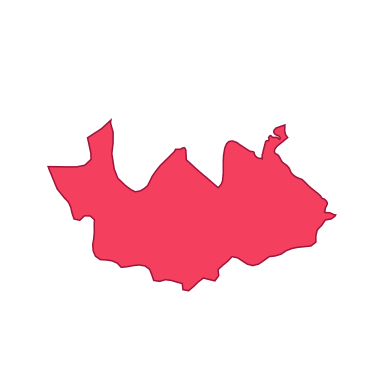 the district of Al Maqatirah, Lahij, Yemen, rotated 39°
{"feature_id": "15242507B89654999321580", "entity_name": "Al Maqatirah", "entity_type": "district", "adm_level": 2, "iso_a3": "YEM", "parent_name": "Yemen", "parent_adm1": "Lahij", "projection": "robinson", "projection_center": [44.156, 13.13], "detail": "fine", "context": "isolated", "style": "filled", "palette": "rose", "viewbox_px": 384, "rotation_deg": 39, "n_neighbors": 0, "source": "geoboundaries", "source_scale": "gbopen_adm2", "svg_char_len": 4481}
<svg xmlns="http://www.w3.org/2000/svg" viewBox="0 0 384 384"><g transform="rotate(39 192 192)"><path d="M64.2,262.8L67.9,265.0L69.7,265.9L85.2,274.4L97.4,277.1L97.5,276.9L102.4,277.7L104.2,278.6L107.6,280.3L112.2,284.0L117.3,287.2L122.6,284.6L123.4,278.2L128.1,274.6L133.7,275.0L135.7,277.8L137.5,280.1L141.4,284.7L145.0,290.1L148.0,295.4L152.2,299.9L157.3,302.6L158.5,302.6L163.2,302.3L168.1,298.8L173.2,295.8L178.7,294.3L184.4,295.1L188.6,290.9L192.8,286.0L197.0,281.8L198.9,280.8L202.1,279.0L207.8,278.8L213.0,281.7L217.9,284.8L219.0,284.2L223.1,281.8L226.5,276.9L231.5,273.8L236.8,271.6L241.0,269.8L241.9,269.4L242.1,269.3L246.4,273.6L247.3,273.1L251.5,270.9L252.7,264.5L253.4,258.2L255.0,251.7L260.2,249.3L265.7,246.7L265.4,240.2L261.1,235.9L262.0,229.6L263.3,223.4L263.8,217.0L268.9,214.4L274.5,213.9L280.2,213.3L285.5,211.0L289.1,206.2L291.0,199.9L292.6,193.9L292.7,193.6L296.9,189.3L300.3,184.3L302.2,178.2L303.2,176.5L305.4,172.7L309.3,168.1L313.7,163.8L318.4,159.1L319.8,153.0L315.9,148.2L313.2,142.7L313.4,140.6L313.4,139.9L313.8,136.2L313.2,129.9L317.1,125.4L318.1,122.0L318.3,120.7L318.1,119.4L317.9,119.5L316.4,120.4L314.6,120.7L313.3,121.2L312.6,121.2L312.0,121.4L311.2,122.1L310.6,122.6L310.0,123.0L308.8,123.8L307.8,124.3L307.3,123.9L307.2,123.3L307.2,122.9L306.8,122.2L306.6,122.0L306.3,121.4L305.8,120.7L305.5,119.6L305.2,117.9L304.8,116.5L304.1,115.4L303.3,114.9L301.8,114.4L300.7,114.3L300.0,114.2L299.4,114.2L298.9,114.3L298.4,114.5L297.9,114.8L297.2,115.0L296.6,115.0L296.5,114.9L296.3,114.8L295.8,114.7L294.1,114.1L291.6,114.0L290.4,113.9L289.1,114.0L286.2,114.0L279.6,114.0L274.7,113.4L271.6,113.1L269.6,113.0L268.3,113.4L267.6,113.7L266.7,114.0L265.2,114.4L264.4,114.6L263.7,114.8L260.5,115.1L257.1,114.7L255.6,114.0L255.4,113.9L253.9,113.0L253.5,112.8L253.0,112.6L252.5,112.3L252.1,112.3L251.9,112.2L249.1,111.7L245.2,111.9L243.9,111.9L243.7,111.9L242.3,111.6L242.1,111.6L238.9,110.2L238.7,110.1L238.1,109.9L236.6,109.3L235.1,109.1L234.3,109.2L233.2,109.7L232.1,109.6L231.6,109.3L230.7,108.8L230.6,108.7L229.4,106.7L229.4,106.2L229.2,103.3L229.4,102.3L230.0,99.5L232.1,89.5L231.6,89.4L228.5,88.5L225.3,85.9L224.1,84.2L223.6,83.5L222.0,81.4L218.9,86.4L217.1,89.3L217.0,89.5L217.0,90.2L216.8,91.8L217.4,93.7L218.2,94.2L219.2,94.8L221.5,94.7L223.7,93.9L226.1,94.2L226.6,94.5L227.0,95.7L226.7,96.1L226.4,96.1L225.8,96.1L225.0,95.9L223.6,96.1L221.0,98.2L220.3,98.8L219.5,98.8L219.1,98.7L218.9,98.6L217.7,98.6L217.1,99.5L217.2,101.3L218.3,102.2L218.8,102.9L219.0,103.4L219.0,103.5L219.1,104.1L218.3,104.6L217.6,105.3L217.6,106.8L218.4,108.4L218.8,109.4L220.3,112.7L221.0,114.2L222.3,116.8L222.9,117.8L223.0,118.8L224.3,120.4L225.3,121.5L225.6,122.0L225.0,121.9L224.3,122.5L223.7,123.1L222.7,123.8L221.1,124.2L220.5,124.3L220.5,124.2L219.8,124.2L218.1,124.0L217.5,123.7L216.9,123.4L216.1,122.8L215.6,122.4L215.2,122.2L214.8,122.1L214.7,122.2L214.2,122.2L214.0,122.3L213.1,122.8L212.8,123.0L212.1,123.5L211.7,123.8L210.3,124.0L209.4,124.1L208.8,124.2L206.6,124.4L202.8,124.8L200.0,125.1L199.0,125.2L198.9,125.2L195.6,125.3L192.0,126.6L191.3,126.9L191.1,127.0L190.6,127.6L188.9,129.5L188.8,130.4L188.6,131.9L188.5,132.5L189.4,136.0L190.6,138.7L191.3,139.8L191.8,140.7L192.2,141.5L192.3,141.6L193.5,143.7L193.7,144.0L194.6,145.2L196.3,147.6L197.7,149.4L198.3,150.0L200.9,153.3L203.9,157.0L205.5,159.0L205.4,159.3L206.1,160.1L208.9,164.4L209.8,167.4L209.8,167.9L209.8,168.0L209.8,169.5L209.8,170.4L209.8,170.8L209.5,172.2L209.2,172.2L206.8,172.1L205.5,172.1L197.3,171.8L195.7,171.8L194.7,171.7L191.2,171.7L184.1,171.5L183.1,171.4L182.8,171.4L181.4,171.4L180.6,171.4L175.4,171.0L172.2,170.8L168.6,170.6L167.2,170.5L166.1,169.2L163.7,166.5L160.8,163.3L159.1,162.5L158.1,162.4L156.6,164.3L156.5,164.7L156.2,166.1L155.4,166.7L154.3,167.5L153.7,168.1L152.3,169.2L152.5,169.9L152.9,171.5L152.1,179.2L152.0,180.4L151.9,181.2L151.6,183.4L150.7,191.2L150.7,197.3L150.7,197.8L151.0,201.8L151.2,204.8L152.1,208.6L152.4,209.8L153.5,215.0L152.7,219.5L151.5,222.6L151.1,223.7L147.7,227.6L143.2,228.6L135.5,228.9L135.3,228.8L125.7,228.0L117.2,223.2L105.7,212.8L105.5,212.6L102.8,208.3L99.9,203.7L97.5,200.7L96.8,199.8L95.5,198.2L93.0,195.1L91.2,193.9L90.0,193.0L88.1,191.7L86.1,190.2L85.5,189.7L85.1,189.5L83.7,187.1L82.9,192.7L81.9,199.5L80.0,205.5L79.7,206.2L79.2,207.8L76.7,215.6L88.9,225.4L89.8,226.4L93.0,230.2L92.2,236.1L91.8,238.7L86.5,245.1L85.1,246.2L81.3,249.3L80.7,249.8L80.8,249.9L79.5,250.8L64.2,262.8Z" fill="#f43f5e" stroke="#9f1239" stroke-width="1.5"/></g></svg>